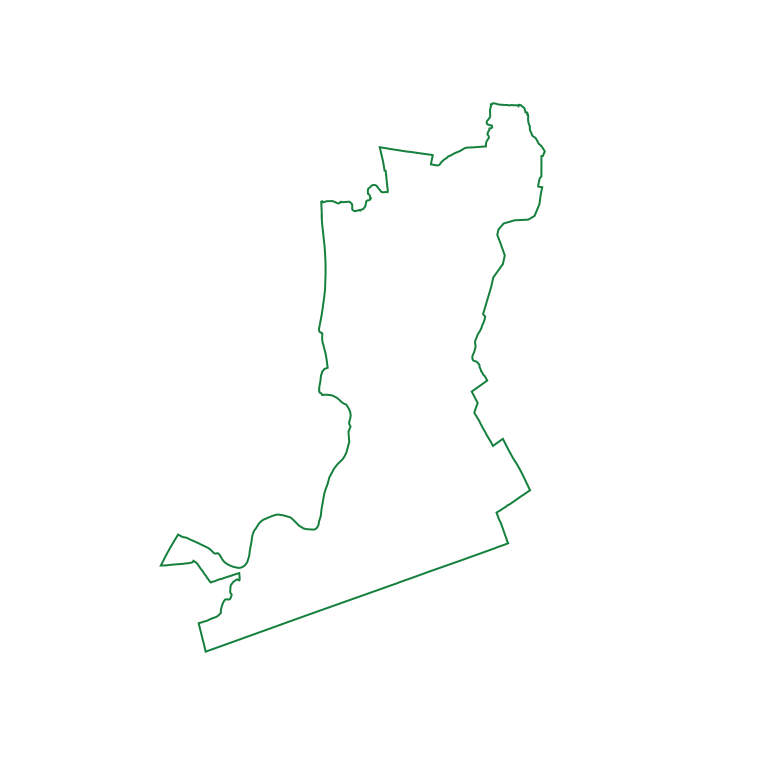 Bolintin-Vale, Giurgiu, Romania (Robinson projection), rotated 285°
{"feature_id": "2599482B86536056003936", "entity_name": "Bolintin-Vale", "entity_type": "district", "adm_level": 2, "iso_a3": "ROU", "parent_name": "Romania", "parent_adm1": "Giurgiu", "projection": "robinson", "projection_center": [25.723, 44.447], "detail": "fine", "context": "isolated", "style": "outline", "palette": "green", "viewbox_px": 768, "rotation_deg": 285, "n_neighbors": 0, "source": "geoboundaries", "source_scale": "gbopen_adm2", "svg_char_len": 6140}
<svg xmlns="http://www.w3.org/2000/svg" viewBox="0 0 768 768"><g transform="rotate(285 384 384)"><path d="M649.9,479.2L650.2,479.1L651.7,477.7L654.2,474.9L655.4,473.0L655.9,471.6L657.2,470.2L658.2,469.4L661.1,466.5L661.1,465.8L662.2,463.0L664.8,461.2L666.9,459.3L669.4,458.4L670.3,458.4L673.4,456.1L676.4,454.8L679.9,454.0L681.5,453.3L681.3,452.7L683.3,452.1L683.0,450.4L684.9,449.4L686.9,448.0L688.7,444.0L688.6,442.1L687.1,442.0L687.2,441.7L687.7,441.1L687.7,440.4L686.7,436.7L686.6,435.4L685.6,433.1L685.5,432.5L685.5,431.5L685.2,430.2L684.3,426.0L683.6,422.1L683.6,421.3L683.8,419.4L683.7,418.7L683.2,416.2L682.4,416.1L682.1,415.9L681.8,414.8L680.3,415.3L675.5,415.6L670.8,417.1L669.5,417.3L668.4,417.1L664.4,415.4L663.0,415.5L662.0,416.0L661.7,416.5L661.4,418.6L661.4,419.8L661.6,421.0L661.3,421.4L660.5,422.0L659.8,422.0L659.1,421.6L658.1,419.7L656.4,420.0L655.2,419.5L653.7,419.2L651.9,419.3L650.6,420.9L649.7,421.4L649.1,421.5L648.5,421.5L646.0,420.6L643.8,420.2L641.5,420.5L639.9,421.0L635.5,408.4L633.8,402.9L632.8,401.1L629.1,397.5L627.0,394.9L625.4,392.7L622.8,390.1L621.4,388.6L620.7,387.4L620.4,387.0L619.2,386.6L615.9,383.7L614.4,382.7L612.9,381.9L610.0,380.8L609.4,380.0L609.0,379.2L608.7,377.5L608.7,376.6L608.3,372.5L610.1,372.3L617.6,371.9L617.7,371.1L616.3,360.1L615.2,350.7L614.5,346.4L612.5,327.9L612.5,327.0L611.6,318.6L598.5,325.6L590.3,329.3L590.4,330.4L571.5,337.7L571.1,337.8L570.2,337.8L570.2,337.2L570.1,336.8L569.7,335.4L569.1,334.3L568.9,332.9L568.9,331.9L569.2,331.1L570.5,329.7L571.1,328.5L573.1,326.1L573.6,325.3L573.8,324.4L573.7,323.1L573.4,322.0L572.7,321.0L568.7,318.4L568.2,318.2L567.6,318.2L565.6,318.6L563.6,319.3L563.2,320.4L562.8,321.0L562.0,321.7L561.3,322.2L559.9,322.5L559.9,323.2L558.6,322.9L557.8,322.2L556.9,320.3L556.2,319.7L551.3,319.9L550.4,319.8L547.8,318.7L547.5,318.5L546.9,317.5L546.1,316.5L545.9,315.8L545.4,316.0L545.2,314.6L544.8,313.7L543.4,311.3L543.5,310.0L543.7,309.5L544.1,308.5L544.2,308.3L545.2,307.9L548.0,307.2L549.4,306.6L551.1,303.8L551.1,303.3L548.7,296.3L548.9,295.3L548.3,294.6L547.1,294.2L546.6,293.1L546.6,292.1L547.4,287.1L545.8,281.6L543.7,278.0L544.5,277.2L543.9,276.2L530.2,280.5L530.2,280.3L526.1,281.6L521.6,283.2L501.0,291.2L489.9,294.9L482.2,297.2L475.0,299.1L460.0,302.6L452.0,303.8L439.3,305.4L433.4,306.0L420.0,307.0L419.4,307.2L418.3,307.8L417.4,308.9L417.2,309.4L417.4,310.4L416.5,311.5L412.8,312.2L410.1,313.1L408.0,314.1L405.2,315.8L397.7,320.0L392.1,322.5L385.1,325.4L383.0,322.5L379.6,321.0L378.0,321.2L376.6,321.0L375.5,321.0L370.7,321.8L364.3,322.3L360.5,323.1L360.1,323.5L359.1,324.0L359.0,324.8L358.6,326.0L358.0,326.7L357.4,327.0L358.7,330.9L359.4,335.3L359.5,337.6L358.4,342.3L355.5,348.0L354.7,350.0L354.4,352.5L353.9,353.5L351.6,355.8L348.7,358.3L345.0,360.0L341.7,360.3L338.7,360.2L336.5,360.7L334.1,362.7L328.7,362.0L319.1,365.4L307.9,365.4L303.8,364.6L300.7,363.5L294.2,359.7L289.8,357.8L279.8,355.4L273.1,355.4L266.3,354.8L262.5,354.7L246.6,356.1L240.0,357.1L234.1,356.8L232.2,357.1L230.2,357.1L229.0,356.8L227.6,356.3L226.3,355.5L225.7,354.8L225.0,353.2L223.7,346.5L223.7,343.6L225.2,338.6L229.8,330.6L230.7,328.7L231.0,327.0L231.0,325.4L231.1,321.6L230.9,318.9L230.5,316.0L230.2,314.7L229.9,313.8L227.4,309.9L221.7,302.6L220.4,301.5L219.5,300.8L217.2,299.5L214.6,298.6L211.3,297.6L208.5,296.5L206.4,296.2L203.2,296.1L193.8,297.2L193.1,297.1L188.5,297.5L183.1,298.3L176.3,298.0L175.0,297.5L172.8,296.5L171.8,295.8L170.4,294.4L169.7,293.4L169.2,292.5L168.7,291.2L168.4,286.7L168.6,283.6L169.2,280.0L170.5,276.3L170.8,275.8L172.6,273.3L175.0,271.0L176.8,268.9L177.5,267.4L177.5,266.9L177.3,266.6L176.9,266.1L176.7,265.7L176.6,265.3L176.5,264.1L177.0,262.8L178.4,260.5L179.4,258.5L180.0,257.0L180.5,254.6L181.0,252.2L181.5,249.2L181.8,247.9L182.9,241.8L183.6,237.0L184.3,233.9L184.4,232.5L184.1,229.5L184.4,227.6L185.3,224.1L178.2,222.0L171.0,220.0L163.4,218.1L150.9,215.4L152.2,220.0L154.7,226.2L157.1,233.0L158.5,237.0L158.8,237.6L160.7,242.4L161.8,244.5L162.2,245.1L162.9,245.5L163.9,245.7L162.7,249.2L162.2,250.0L157.6,255.4L156.0,257.6L154.0,259.7L152.6,261.7L151.0,263.3L150.0,264.7L147.7,267.4L147.5,267.8L147.5,268.1L147.9,268.8L148.5,269.2L148.8,269.6L149.1,270.6L149.7,271.5L152.6,275.3L153.1,276.5L154.4,278.6L157.3,282.8L159.2,285.9L161.4,289.1L163.9,293.1L159.8,294.6L158.2,295.1L157.1,295.2L156.9,295.1L156.8,294.8L156.8,294.3L157.3,293.2L157.3,292.8L157.1,292.4L155.2,290.7L153.6,289.5L150.1,288.2L148.3,288.2L143.6,289.2L142.3,289.8L141.5,291.1L141.2,291.3L140.9,291.4L139.2,291.4L137.1,291.1L136.3,290.8L135.6,289.9L135.4,288.2L135.0,286.9L134.4,286.2L133.1,285.7L130.5,285.1L126.5,284.8L123.5,285.0L122.1,285.2L120.9,285.7L120.6,285.6L118.3,284.4L117.2,283.7L115.8,282.5L112.4,277.6L109.3,274.1L108.0,271.7L106.2,269.1L105.2,267.1L104.9,266.9L82.4,279.4L79.3,281.0L141.2,370.1L190.9,442.3L195.1,448.5L195.9,449.4L204.0,461.2L211.3,471.7L213.2,474.3L232.0,501.8L253.9,533.4L255.4,535.3L259.9,541.9L262.3,545.1L263.4,544.2L279.2,533.4L281.0,532.0L282.6,530.4L288.9,526.0L292.3,529.3L294.0,530.7L297.7,534.1L298.5,534.5L299.5,535.4L299.7,536.0L310.8,545.3L313.5,547.8L317.0,550.7L319.1,552.6L331.3,542.2L336.7,537.3L340.7,533.4L345.9,527.7L352.6,521.3L361.8,513.0L352.3,505.2L355.0,502.9L361.8,495.9L363.7,494.3L366.2,491.7L371.0,487.2L372.7,485.8L377.2,481.2L379.3,478.8L380.1,478.7L380.9,478.8L381.8,478.7L389.9,479.4L399.4,470.7L408.9,478.6L414.1,482.8L417.5,479.5L418.8,477.3L420.4,475.9L421.4,474.9L421.5,474.5L423.4,473.4L425.3,471.8L425.7,471.6L426.3,471.6L427.4,471.0L427.9,470.1L428.6,469.4L429.5,467.5L429.6,466.7L429.6,465.7L429.7,464.7L429.9,464.0L431.6,462.7L432.6,462.4L434.5,462.2L437.9,462.8L441.3,462.9L443.4,462.8L444.1,462.7L444.9,462.4L446.2,461.8L448.0,461.1L449.5,461.0L454.4,461.6L456.2,461.7L458.7,462.6L462.5,463.5L466.7,463.8L468.8,464.2L472.4,464.5L475.3,464.3L477.1,461.6L505.4,462.4L515.3,462.0L530.6,467.8L539.4,467.4L550.1,460.1L557.4,454.8L562.9,454.6L570.0,458.0L575.9,467.7L580.1,480.8L585.3,485.9L597.8,487.6L607.1,486.4L615.0,485.9L614.6,482.0L615.6,481.5L623.1,481.2L625.2,482.3L644.9,477.1L645.5,478.5L648.6,478.8L649.9,479.2Z" fill="none" stroke="#15803d" stroke-width="2"/></g></svg>